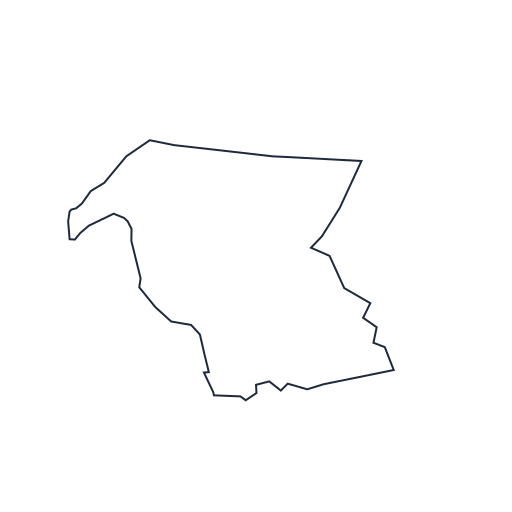 the district of Surry, Virginia, United States of America, rotated 215°
{"feature_id": "52423323B96446812738870", "entity_name": "Surry", "entity_type": "district", "adm_level": 2, "iso_a3": "USA", "parent_name": "United States of America", "parent_adm1": "Virginia", "projection": "orthographic", "projection_center": [-76.881, 37.096], "detail": "fine", "context": "isolated", "style": "outline", "palette": "slate", "viewbox_px": 512, "rotation_deg": 215, "n_neighbors": 0, "source": "geoboundaries", "source_scale": "gbopen_adm2", "svg_char_len": 847}
<svg xmlns="http://www.w3.org/2000/svg" viewBox="0 0 512 512"><g transform="rotate(215 256 256)"><path d="M77.8,241.6L98.2,255.2L110.0,252.3L116.3,266.9L132.8,266.8L135.3,282.9L165.3,280.3L195.8,298.3L215.7,294.3L213.3,309.9L215.0,343.6L218.9,365.3L224.1,394.3L284.3,356.8L299.5,347.2L386.6,299.9L409.4,289.9L419.4,263.4L422.3,228.8L428.6,214.4L428.6,213.6L428.7,199.2L430.7,191.9L433.9,188.1L434.2,185.5L429.8,176.7L418.3,162.8L413.8,165.6L413.1,174.3L410.3,185.0L397.6,207.7L396.9,209.0L386.0,211.5L381.0,210.8L373.5,206.8L366.7,196.8L337.7,171.5L333.7,163.4L309.2,156.4L287.9,153.7L269.6,162.3L256.9,159.5L242.5,146.5L228.0,133.8L231.8,130.7L212.7,119.8L210.6,117.7L188.2,132.1L181.7,131.9L177.0,144.0L182.1,150.5L173.2,160.9L158.5,160.0L156.8,169.6L137.6,176.2L127.0,189.8L77.8,241.6Z" fill="none" stroke="#1e293b" stroke-width="2"/></g></svg>